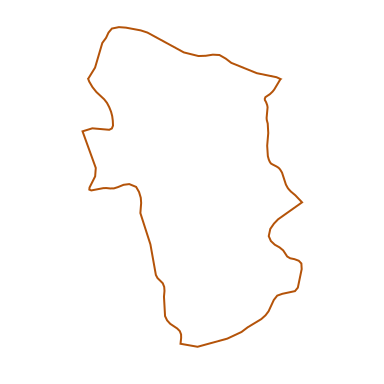 SVG path tracing the border of Souk Ahras, rotated 279°
{"feature_id": "DZA-2222", "entity_name": "Souk Ahras", "entity_type": "Province", "adm_level": 1, "iso_a3": "DZA", "parent_name": "Algeria", "parent_adm1": "", "projection": "natural_earth1", "projection_center": [7.905, 36.161], "detail": "fine", "context": "isolated", "style": "outline", "palette": "amber", "viewbox_px": 384, "rotation_deg": 279, "n_neighbors": 0, "source": "natural_earth", "source_scale": "10m", "svg_char_len": 1648}
<svg xmlns="http://www.w3.org/2000/svg" viewBox="0 0 384 384"><g transform="rotate(279 192 192)"><path d="M342.8,121.1L342.5,123.0L328.6,162.1L327.3,177.1L328.7,184.3L330.9,191.1L331.6,197.7L329.0,204.5L325.7,210.6L319.5,237.4L318.6,257.5L317.4,261.8L317.3,261.7L306.1,257.2L303.8,255.9L300.9,253.7L297.2,249.7L295.5,249.3L294.2,249.6L293.0,250.6L292.2,251.2L289.5,252.7L287.5,253.4L276.8,254.1L274.8,254.6L271.4,256.1L262.1,258.1L249.5,259.0L239.3,261.3L236.0,262.8L234.0,264.1L232.5,265.5L231.8,267.3L230.6,271.0L229.9,272.8L229.0,274.4L227.8,275.7L225.2,277.9L214.0,283.6L210.9,286.0L209.8,287.2L207.9,289.6L204.9,294.6L199.0,302.3L178.5,281.3L173.6,277.9L167.8,275.1L160.4,274.7L155.9,277.6L152.9,282.0L151.0,287.1L148.6,291.2L143.2,296.1L141.9,299.3L141.7,303.7L140.8,308.2L138.5,311.2L133.0,312.4L114.1,311.5L110.2,309.2L105.6,297.2L103.0,292.4L98.2,289.7L86.2,286.3L81.7,283.9L77.3,280.3L67.1,268.2L61.5,262.8L52.7,249.8L40.0,221.7L40.3,204.4L46.2,204.1L49.6,203.5L52.7,201.7L54.9,198.7L58.4,191.1L61.3,187.5L65.2,184.8L84.2,180.7L90.0,180.3L93.9,179.4L97.3,177.4L101.6,171.4L104.4,169.3L133.8,159.1L163.1,144.3L173.2,143.5L178.3,142.3L183.7,139.7L188.3,136.0L190.0,128.8L188.4,123.3L185.2,118.0L183.3,114.2L182.7,110.5L182.5,106.7L181.9,103.7L177.8,92.3L178.3,90.2L180.4,90.1L192.3,93.9L200.7,93.2L234.8,74.4L239.3,83.6L240.5,100.5L242.2,102.9L245.2,103.6L250.1,102.6L254.5,101.3L258.6,99.5L262.8,97.0L266.7,94.1L269.8,90.8L275.8,81.9L280.0,77.3L285.0,73.2L287.6,71.7L287.7,71.8L299.7,76.8L325.2,80.1L330.8,83.0L336.4,84.6L340.9,87.3L343.4,94.0L344.0,101.0L343.6,116.1L342.8,121.1Z" fill="none" stroke="#b45309" stroke-width="2"/></g></svg>